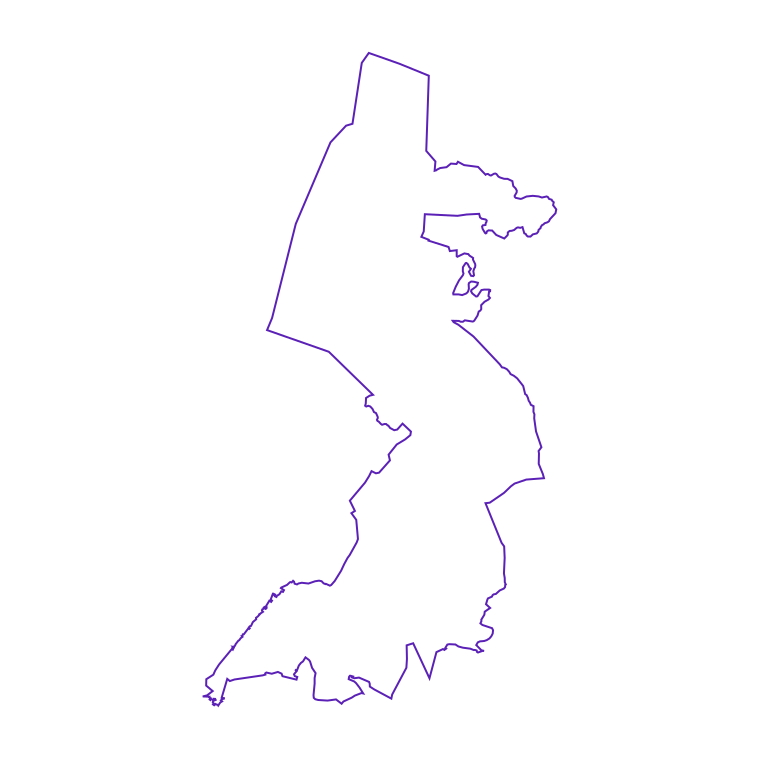 outline of Simojovel, Chiapas, Mexico, rotated 273°
{"feature_id": "50627088B247169502667", "entity_name": "Simojovel", "entity_type": "district", "adm_level": 2, "iso_a3": "MEX", "parent_name": "Mexico", "parent_adm1": "Chiapas", "projection": "robinson", "projection_center": [-92.64, 17.147], "detail": "fine", "context": "isolated", "style": "outline", "palette": "violet", "viewbox_px": 768, "rotation_deg": 273, "n_neighbors": 0, "source": "geoboundaries", "source_scale": "gbopen_adm2", "svg_char_len": 6077}
<svg xmlns="http://www.w3.org/2000/svg" viewBox="0 0 768 768"><g transform="rotate(273 384 384)"><path d="M73.5,222.2L68.4,229.0L63.8,223.6L62.5,219.3L62.6,226.0L61.9,225.8L61.2,227.3L59.8,226.4L59.3,227.2L60.2,227.7L59.9,229.2L60.3,231.1L60.7,230.9L60.7,231.9L59.7,232.4L58.5,229.9L56.9,229.7L55.9,231.0L55.0,230.1L54.3,231.2L55.6,232.6L55.2,233.1L54.9,234.8L54.2,235.3L57.3,237.1L58.6,238.9L59.5,237.7L60.8,238.8L61.4,240.6L61.9,240.6L62.2,238.3L81.3,242.9L79.3,245.6L81.1,250.2L86.7,278.1L87.6,280.8L88.8,280.5L89.7,281.6L88.8,287.1L90.9,293.1L89.4,296.9L86.9,297.9L84.2,312.1L86.9,312.7L87.6,310.2L89.4,309.3L92.6,311.7L94.2,310.2L93.2,312.0L98.4,313.7L101.1,315.6L102.7,317.6L106.9,319.9L104.5,323.5L103.0,324.7L96.8,327.0L91.7,330.8L86.8,330.1L81.2,330.4L69.6,329.9L66.9,330.3L65.6,331.9L65.0,334.8L64.9,344.2L66.5,352.6L62.5,358.4L64.8,360.1L69.1,368.2L71.3,371.2L74.2,377.7L73.9,379.4L79.5,375.5L83.9,371.7L85.4,369.8L87.4,364.2L89.6,364.4L90.8,365.1L90.9,365.8L90.3,368.3L89.3,367.4L88.6,369.7L89.5,374.4L85.7,384.7L84.0,385.4L81.1,385.7L78.5,390.2L70.2,407.8L74.3,408.4L101.8,421.2L110.6,421.3L124.2,420.3L126.6,426.7L92.5,444.8L119.0,450.4L122.4,456.8L121.6,458.2L123.0,459.9L123.6,459.0L127.1,460.9L127.6,462.8L127.6,469.0L125.8,472.0L124.8,476.6L124.2,484.0L123.0,487.6L123.2,488.6L122.7,490.5L121.2,491.0L120.8,491.9L122.6,496.3L122.7,497.9L123.2,495.2L128.1,489.8L130.9,491.2L132.0,493.3L132.6,497.5L133.6,500.0L135.4,502.6L137.6,504.3L140.4,505.6L143.8,505.8L145.8,504.7L148.5,494.9L150.0,492.8L152.3,493.7L153.7,493.5L158.9,496.3L161.9,496.5L165.9,501.7L169.4,497.4L174.0,498.5L175.3,499.0L177.3,502.9L178.8,503.5L179.6,504.4L180.2,506.7L183.9,510.4L186.0,514.4L187.5,515.5L189.9,515.6L190.2,516.1L192.4,515.0L196.6,514.7L201.1,513.7L216.6,513.6L228.1,512.5L231.6,509.7L270.3,491.6L271.0,495.8L281.6,509.6L288.5,516.1L291.4,519.6L296.0,531.1L298.3,548.7L302.5,547.3L312.3,542.7L322.7,542.4L325.2,541.9L329.1,544.5L344.6,538.3L357.6,535.8L361.6,535.8L364.0,534.7L369.7,534.5L370.9,531.7L373.0,530.8L374.8,529.4L377.6,528.5L380.4,527.0L381.3,525.5L389.3,523.1L396.6,516.7L399.0,513.3L400.5,509.9L402.9,508.3L405.3,505.8L406.5,503.0L406.8,500.9L409.6,498.7L436.1,470.9L447.1,455.1L449.4,450.3L450.7,449.3L450.9,455.5L450.2,457.3L450.3,459.5L451.8,461.4L451.0,469.3L451.3,470.1L452.1,470.9L457.2,473.8L461.3,474.8L462.4,476.4L463.9,477.2L467.8,476.9L471.4,480.1L473.9,484.0L475.5,485.3L477.3,483.7L481.8,484.1L482.1,485.1L483.4,485.1L483.8,483.9L483.5,479.0L482.9,476.4L476.5,472.7L476.2,471.4L479.1,467.4L481.1,466.1L482.4,466.3L485.8,470.5L487.9,472.1L490.0,472.5L490.8,468.6L490.9,465.7L489.3,463.6L488.1,463.3L483.6,463.8L481.4,463.3L479.9,462.6L478.6,461.2L476.9,457.4L477.4,453.7L477.1,448.6L478.4,448.3L484.8,450.5L491.4,453.5L496.8,457.1L498.5,457.6L500.7,456.8L504.8,456.7L509.0,459.2L509.2,460.0L508.1,461.4L504.9,463.2L503.6,464.8L500.5,462.9L496.6,465.3L496.4,467.5L497.3,468.2L501.3,467.3L504.2,468.1L505.2,468.8L507.0,469.0L508.5,468.8L513.0,466.3L514.5,466.4L516.8,462.5L518.1,461.5L518.6,457.4L514.9,450.6L515.4,449.9L521.4,449.6L520.2,442.8L524.2,441.3L529.5,420.9L530.4,421.1L532.9,413.6L538.4,415.7L555.7,415.9L555.8,448.6L557.6,457.7L558.9,470.1L555.4,471.2L554.2,472.9L553.6,476.9L552.7,478.0L551.1,477.8L550.2,477.2L548.1,477.0L547.6,474.4L546.4,473.7L544.0,474.4L540.1,477.0L539.7,477.7L540.1,478.4L541.7,478.7L542.9,480.3L542.9,484.0L538.7,488.3L535.6,496.5L538.6,499.2L539.5,499.8L541.8,499.7L543.4,501.4L543.7,503.5L544.6,505.9L546.9,508.3L547.4,509.6L547.1,511.9L547.9,514.1L541.8,516.2L541.3,517.6L539.6,518.8L538.8,520.0L538.9,522.6L541.2,524.8L542.4,528.7L544.3,530.1L546.0,530.3L547.9,532.2L548.9,532.3L550.8,533.4L551.8,535.0L552.9,535.9L554.0,538.7L555.1,540.2L557.3,541.1L563.5,546.3L567.4,546.9L571.4,543.5L574.4,544.0L575.8,542.3L576.8,541.8L577.5,539.1L579.1,538.1L579.8,536.7L578.5,532.0L579.4,528.6L579.7,522.7L578.7,516.5L576.3,511.9L576.0,510.6L576.8,505.8L577.7,504.8L578.7,504.6L582.2,506.4L584.0,506.5L586.2,505.2L588.5,502.7L593.3,501.6L595.3,496.7L595.2,493.2L596.3,489.1L597.1,487.4L599.6,485.3L600.0,484.1L599.7,482.8L597.8,479.9L598.0,478.8L599.2,476.8L598.9,475.2L598.3,474.5L605.7,466.6L606.8,452.5L609.8,446.2L607.5,444.9L607.6,439.3L603.8,435.1L602.6,428.8L600.8,425.6L600.2,425.1L599.6,423.4L608.9,423.7L619.0,414.0L694.2,412.6L704.6,382.7L713.8,351.5L703.5,345.0L642.2,338.9L640.0,332.6L622.5,317.9L539.2,287.5L444.1,268.8L431.7,264.4L413.3,327.2L372.6,373.6L371.6,370.3L369.1,366.8L363.4,366.8L361.3,366.3L360.6,367.4L361.4,369.5L360.8,371.5L358.4,373.9L355.5,375.4L354.5,377.6L350.9,379.4L349.8,379.6L347.8,378.8L346.8,379.4L346.1,380.8L344.0,382.9L343.2,384.2L344.1,386.7L344.1,388.3L342.8,389.8L342.7,390.5L340.4,392.4L338.4,396.6L339.2,399.6L345.4,404.6L337.9,413.4L334.3,413.0L329.7,407.9L324.3,399.9L313.7,392.3L308.0,393.9L295.2,383.7L294.4,380.6L296.3,376.1L291.2,373.9L284.5,370.2L265.7,356.0L255.7,361.6L253.3,358.2L246.9,363.4L227.8,366.1L224.3,365.0L211.4,358.7L208.4,356.7L202.1,353.7L195.2,350.9L184.7,345.1L180.5,341.8L179.8,340.5L181.4,336.4L181.1,336.0L181.8,334.1L183.8,332.0L184.2,329.4L183.4,325.5L180.8,319.0L181.2,312.3L180.3,309.0L179.3,307.6L179.9,305.2L181.9,304.5L182.7,303.5L181.0,302.2L181.3,301.1L181.1,300.4L178.3,297.7L175.3,292.0L174.8,291.7L172.9,294.9L171.1,294.0L171.6,292.3L168.6,290.6L166.7,288.0L165.7,287.7L166.3,286.1L167.0,285.8L168.0,286.3L168.6,285.0L167.7,284.8L168.4,283.9L162.7,282.1L161.8,283.5L160.5,282.7L161.5,280.8L155.2,277.4L154.9,278.3L154.3,277.8L153.7,278.2L153.2,277.5L153.7,276.5L154.3,277.0L155.0,276.2L154.1,275.4L153.3,275.6L152.5,274.2L151.3,274.0L150.2,275.1L147.7,271.7L147.5,272.0L145.3,270.2L143.8,268.4L142.4,268.7L139.4,265.5L135.5,263.9L135.0,262.6L133.9,261.8L133.0,262.7L132.3,262.1L132.7,261.2L126.7,257.1L126.6,256.1L125.1,255.8L124.9,255.2L124.1,255.9L122.6,254.1L120.5,252.8L120.1,252.0L116.2,249.3L114.9,249.0L113.9,247.7L113.5,247.8L113.6,247.0L113.2,247.4L112.8,246.4L111.8,246.2L111.8,247.3L110.8,246.9L111.5,246.0L95.3,234.0L89.2,230.5L84.8,228.8L79.9,222.0L73.5,222.2Z" fill="none" stroke="#5b21b6" stroke-width="2"/></g></svg>